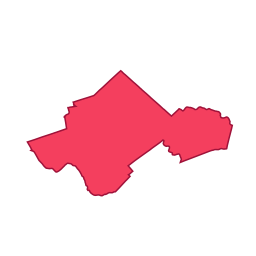 the district of Galateni, Teleorman, Romania, rotated 342°
{"feature_id": "2599482B36470175695106", "entity_name": "Galateni", "entity_type": "district", "adm_level": 2, "iso_a3": "ROU", "parent_name": "Romania", "parent_adm1": "Teleorman", "projection": "natural_earth1", "projection_center": [25.383, 44.233], "detail": "fine", "context": "isolated", "style": "filled", "palette": "rose", "viewbox_px": 256, "rotation_deg": 342, "n_neighbors": 0, "source": "geoboundaries", "source_scale": "gbopen_adm2", "svg_char_len": 5576}
<svg xmlns="http://www.w3.org/2000/svg" viewBox="0 0 256 256"><g transform="rotate(342 128 128)"><path d="M86.7,184.2L88.1,184.0L89.1,183.7L90.1,183.7L90.9,183.9L91.8,184.3L92.7,184.6L93.4,184.7L93.9,184.6L94.8,184.4L95.3,184.5L95.8,184.7L96.1,184.7L96.4,184.7L100.6,182.5L109.7,177.4L110.4,177.1L115.0,174.6L114.0,172.6L115.0,172.4L119.2,170.6L118.5,168.8L116.5,164.0L124.3,161.2L129.2,159.6L138.1,156.8L142.0,155.6L145.0,154.5L145.3,154.4L147.5,153.7L148.8,153.3L153.8,151.7L157.0,150.5L157.5,150.5L157.5,150.4L158.0,150.6L158.2,151.0L158.1,151.4L158.0,151.7L157.4,152.5L156.8,153.6L156.7,153.8L156.8,154.4L156.9,155.0L157.1,155.5L157.7,156.3L158.2,156.8L158.6,157.1L159.0,157.3L159.5,157.3L160.7,157.7L161.2,158.0L161.4,158.1L161.5,158.3L161.6,158.5L161.5,158.9L161.3,159.7L161.1,160.1L160.7,160.6L160.4,161.1L160.1,161.4L159.7,161.9L159.6,162.2L159.6,162.4L159.6,162.8L159.7,163.0L160.1,163.5L162.1,165.0L162.3,165.2L162.3,165.5L162.3,165.9L162.0,166.6L162.0,166.8L162.0,167.1L162.5,167.5L163.3,167.8L163.8,168.1L165.0,168.2L166.2,168.1L166.5,168.1L166.8,168.2L168.0,168.3L168.3,168.4L168.7,168.9L168.8,169.1L168.9,169.7L168.9,170.4L168.9,170.8L168.9,171.3L169.0,172.2L169.1,173.2L169.0,174.2L169.0,174.4L168.9,174.6L168.5,175.1L167.9,175.7L167.6,176.2L167.1,176.9L171.5,176.6L183.5,176.0L198.8,175.2L200.7,175.2L202.6,175.4L203.6,175.3L204.8,175.6L206.7,176.3L207.5,176.5L210.2,176.3L211.4,177.0L212.9,177.8L213.6,177.8L214.0,177.9L214.4,178.1L215.1,178.2L215.4,178.2L215.5,178.1L217.1,175.2L221.0,168.9L226.3,160.6L228.0,157.7L227.5,157.4L226.9,156.7L226.6,156.4L226.4,156.0L226.3,155.7L226.2,155.3L226.2,155.1L226.3,154.7L226.9,153.7L227.0,153.4L226.9,152.4L226.8,150.8L226.6,149.9L226.4,149.3L225.9,148.6L225.6,148.3L225.4,148.1L225.1,148.0L224.3,148.0L223.3,148.1L221.9,148.0L221.5,147.8L220.7,147.5L219.7,146.8L219.6,146.5L219.5,146.3L219.6,145.9L219.8,145.3L219.7,144.9L219.6,144.6L219.6,144.4L219.7,144.1L219.8,144.0L220.0,143.9L220.2,143.7L220.3,143.3L220.3,142.7L219.6,141.0L219.4,140.7L219.1,140.4L218.3,140.0L217.8,139.7L217.2,139.3L216.7,139.1L216.1,138.8L213.8,137.0L212.8,136.3L212.4,136.0L212.1,135.7L211.8,135.2L211.3,134.8L211.0,134.6L210.5,134.6L209.1,134.8L208.5,134.7L208.1,134.5L207.5,133.9L207.0,133.1L206.6,132.7L206.1,132.4L205.7,132.2L204.9,131.8L204.8,131.7L204.5,131.3L204.2,131.0L203.7,130.7L203.4,130.4L203.2,130.3L202.7,130.2L202.4,130.2L201.9,130.2L201.6,130.3L201.0,130.5L200.2,131.0L199.8,131.2L199.1,131.4L198.2,131.4L197.3,131.1L197.2,131.0L197.0,130.5L196.4,129.8L196.0,129.5L194.7,128.4L194.0,128.0L193.8,127.8L193.2,127.7L191.0,126.5L190.6,126.3L189.9,126.3L189.4,126.5L188.8,126.8L188.4,127.0L187.2,128.0L186.5,128.3L186.2,128.5L185.5,128.7L185.3,128.5L185.0,128.2L184.4,127.3L184.2,127.0L184.0,126.7L183.7,126.5L183.1,126.0L183.0,125.8L182.9,125.7L182.5,125.5L181.5,126.1L179.8,126.9L173.0,130.1L169.5,124.1L168.0,121.4L167.9,121.3L167.7,121.2L165.8,117.8L165.2,116.7L164.5,115.5L162.6,112.3L161.1,109.8L158.7,105.7L158.6,105.4L157.1,102.8L155.9,100.7L155.2,99.6L153.9,97.4L153.4,96.6L153.2,96.2L153.0,95.9L152.3,94.5L151.6,93.5L151.2,92.6L150.8,91.9L149.8,90.2L148.4,87.8L148.0,87.2L147.1,85.7L144.9,81.8L144.0,80.3L143.5,79.4L142.8,78.2L141.7,76.3L141.2,75.6L139.9,73.3L139.8,73.0L139.8,72.9L138.8,71.3L135.5,72.7L125.9,77.1L116.8,81.4L114.3,82.5L112.6,83.2L107.2,85.9L105.5,86.6L99.4,86.6L91.2,86.5L87.6,86.5L84.7,86.5L83.9,86.5L84.0,86.8L83.9,87.8L83.8,88.2L83.7,88.5L83.5,89.2L83.5,89.3L83.7,89.8L83.9,89.8L83.8,90.0L84.2,90.3L84.6,90.7L85.0,91.2L80.9,90.6L79.5,90.3L77.5,90.2L77.2,90.1L77.1,90.9L77.2,91.7L77.2,92.1L77.1,92.5L77.0,92.9L77.0,93.3L77.1,94.0L77.1,94.3L77.0,94.7L76.7,95.2L76.4,95.6L76.3,95.8L75.8,96.1L75.4,96.2L74.8,96.3L74.1,96.3L73.6,96.4L73.4,96.4L73.0,96.5L72.4,96.9L72.3,97.1L72.1,97.0L71.1,97.3L71.0,97.5L70.7,97.9L70.7,98.0L71.2,98.2L70.4,103.7L69.4,109.7L51.9,110.0L44.7,110.0L43.4,110.0L35.8,110.2L28.0,110.2L29.2,115.6L29.6,118.1L29.8,119.3L29.0,119.2L28.7,119.3L30.8,120.9L31.1,121.3L31.5,122.1L31.8,123.4L32.5,126.9L33.2,130.6L33.4,131.4L34.6,133.9L35.3,135.3L35.5,135.8L35.7,136.4L36.0,137.4L36.5,138.7L36.8,139.1L37.1,139.9L37.7,140.7L37.8,140.9L38.0,141.0L38.6,141.3L40.5,142.3L40.9,142.3L41.1,142.5L41.8,142.6L42.7,142.8L43.2,143.0L43.7,143.3L43.9,143.6L44.1,144.0L44.3,144.5L45.1,146.1L45.6,147.2L45.8,147.4L46.2,147.7L46.6,147.8L47.2,147.8L48.3,147.6L48.8,147.5L49.8,147.2L51.8,146.4L53.7,145.4L55.9,144.3L57.0,143.6L57.4,143.6L57.6,143.5L58.8,143.0L59.1,142.9L59.7,142.9L60.0,143.0L62.3,144.2L62.8,144.5L63.2,145.0L64.0,146.5L64.3,146.8L65.0,147.1L66.0,147.7L66.1,147.8L66.4,148.1L66.9,149.7L67.3,151.0L67.8,152.1L68.0,152.4L68.4,153.7L68.6,154.2L68.7,154.7L68.8,155.3L69.0,155.9L69.0,156.3L69.2,157.1L69.3,157.8L69.4,159.3L69.5,159.6L69.6,159.9L69.8,160.1L70.1,160.4L70.3,160.6L70.4,160.9L70.5,161.2L70.5,161.8L70.4,162.2L70.4,162.7L70.4,163.1L70.6,163.8L70.6,164.2L70.7,164.5L70.7,165.0L70.5,166.2L70.5,167.4L70.5,167.8L70.5,168.3L70.4,168.7L70.3,169.1L70.4,169.6L70.6,169.9L70.6,170.0L71.0,170.3L71.1,170.5L71.3,171.1L71.3,171.5L71.2,172.1L70.9,172.8L70.8,173.2L70.4,173.4L70.3,173.7L70.4,174.2L70.6,174.9L70.8,174.9L70.9,175.1L71.3,175.1L71.6,175.2L71.8,175.3L72.0,175.8L72.0,176.3L72.1,176.9L72.1,177.2L72.4,177.8L72.6,178.4L72.8,178.6L73.1,178.9L73.2,179.2L73.4,179.5L73.5,179.7L73.8,180.1L74.2,180.5L74.6,181.0L75.3,181.5L76.4,182.0L77.6,182.2L79.2,182.5L80.5,183.2L80.7,183.5L81.1,183.8L81.7,184.1L82.1,184.3L82.5,184.4L82.8,184.3L83.1,184.3L83.6,184.2L85.1,183.9L85.5,183.9L85.8,184.1L86.1,184.2L86.4,184.1L86.7,184.2Z" fill="#f43f5e" stroke="#9f1239" stroke-width="1.5"/></g></svg>